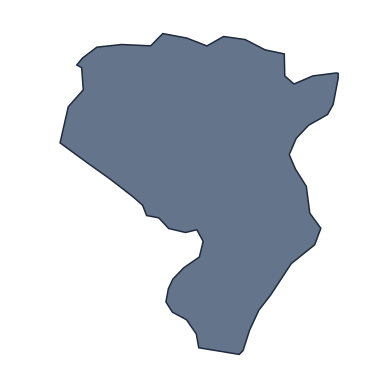 the district of Storfors, Värmland, Sweden, rotated 5°
{"feature_id": "70781695B43025182622692", "entity_name": "Storfors", "entity_type": "district", "adm_level": 2, "iso_a3": "SWE", "parent_name": "Sweden", "parent_adm1": "Värmland", "projection": "albers", "projection_center": [14.297, 59.484], "detail": "fine", "context": "isolated", "style": "filled", "palette": "slate", "viewbox_px": 384, "rotation_deg": 5, "n_neighbors": 0, "source": "geoboundaries", "source_scale": "gbopen_adm2", "svg_char_len": 858}
<svg xmlns="http://www.w3.org/2000/svg" viewBox="0 0 384 384"><g transform="rotate(5 192 192)"><path d="M56.3,154.6L86.4,172.8L109.2,186.2L134.2,202.3L144.0,209.6L148.8,219.4L161.0,220.6L172.0,230.4L189.1,232.9L200.1,229.2L207.4,240.2L205.0,256.1L190.3,268.3L180.5,280.5L176.9,290.3L175.6,303.8L183.0,313.5L197.6,319.7L208.7,333.1L212.3,346.6L253.2,349.7L256.7,345.5L261.4,324.7L268.9,303.9L279.3,287.8L297.1,254.7L318.8,233.9L323.5,216.9L311.2,202.8L305.4,176.4L293.2,160.4L285.6,146.3L291.2,129.4L302.5,115.2L316.2,105.8L320.3,102.9L325.0,92.6L327.7,66.3L327.3,61.1L325.4,60.8L302.3,65.8L284.1,75.5L274.3,68.3L271.9,46.4L252.4,44.0L231.7,35.5L209.9,34.3L194.1,45.2L173.4,39.1L149.1,36.7L138.1,50.0L109.0,51.2L84.6,56.0L71.2,68.1L66.2,75.5L71.2,77.8L74.8,99.7L61.3,117.9L56.3,154.5L56.3,154.6Z" fill="#64748b" stroke="#1e293b" stroke-width="1.5"/></g></svg>